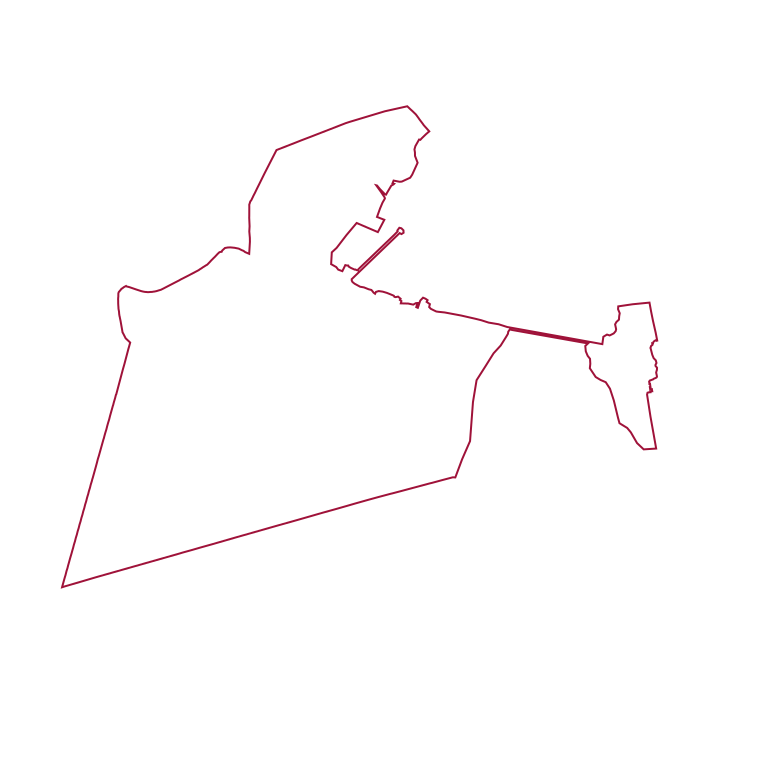 outline of Al Mansurah, `Adan, Yemen, rotated 284°
{"feature_id": "15242507B60312566406637", "entity_name": "Al Mansurah", "entity_type": "district", "adm_level": 2, "iso_a3": "YEM", "parent_name": "Yemen", "parent_adm1": "`Adan", "projection": "natural_earth1", "projection_center": [44.982, 12.841], "detail": "fine", "context": "isolated", "style": "outline", "palette": "rose", "viewbox_px": 768, "rotation_deg": 284, "n_neighbors": 0, "source": "geoboundaries", "source_scale": "gbopen_adm2", "svg_char_len": 5650}
<svg xmlns="http://www.w3.org/2000/svg" viewBox="0 0 768 768"><g transform="rotate(284 384 384)"><path d="M539.3,363.2L539.3,361.1L536.2,359.8L535.4,360.3L531.1,357.8L501.1,338.9L492.9,333.7L489.0,331.3L487.9,331.2L487.9,329.6L488.2,328.7L487.9,327.8L488.6,323.9L489.4,321.3L490.3,320.7L490.0,319.2L490.0,317.7L483.4,316.3L483.9,311.9L485.9,309.4L487.5,303.7L499.1,301.5L504.6,305.1L519.3,311.5L533.6,318.5L529.9,341.3L543.4,344.6L544.4,336.8L553.3,337.7L559.7,338.7L564.2,340.0L565.2,339.5L569.8,334.4L574.9,328.4L574.9,329.2L572.2,332.8L570.4,335.7L568.2,339.3L568.2,340.2L570.3,340.7L578.3,343.1L579.9,344.9L580.7,345.4L580.8,343.7L583.7,344.1L584.0,350.2L584.7,352.3L590.5,359.5L593.9,360.7L606.8,363.1L609.1,361.5L612.8,358.9L616.2,358.0L619.0,356.8L622.4,356.9L629.7,358.9L629.7,360.2L631.4,361.1L636.7,364.4L640.1,366.8L644.7,360.0L645.4,359.2L646.0,358.5L647.7,356.4L649.4,354.3L650.4,353.2L651.3,352.1L651.9,351.4L652.8,350.3L653.4,349.5L655.6,345.7L657.1,342.9L659.1,339.4L657.9,337.0L648.8,318.8L630.0,287.2L627.8,283.7L606.6,253.7L600.4,244.8L596.6,239.5L585.0,223.1L559.3,217.1L546.9,214.4L542.9,213.5L537.6,212.4L536.9,212.2L536.0,212.0L534.8,211.7L533.6,211.5L532.3,211.2L530.8,210.9L530.0,210.7L528.8,210.1L525.5,209.9L525.2,209.9L524.3,210.2L514.5,212.6L512.7,213.0L511.0,213.5L504.6,215.4L499.4,216.4L493.3,218.5L489.5,219.5L477.7,221.7L477.9,220.4L478.4,217.3L479.2,215.5L479.4,213.9L480.2,210.3L480.0,205.9L479.4,202.0L478.7,199.5L477.5,196.8L474.3,194.7L473.0,194.5L472.6,193.3L472.0,192.4L470.0,191.1L468.9,190.5L466.4,189.1L464.5,187.9L463.4,187.3L462.7,186.8L460.1,185.4L457.0,183.6L456.2,182.7L454.6,181.2L453.3,179.9L452.1,178.9L450.9,177.7L449.6,176.6L447.0,173.7L441.3,167.3L436.1,161.3L435.0,160.2L432.3,157.1L424.2,147.9L423.3,146.9L422.8,146.3L421.5,144.8L420.1,142.4L419.9,142.1L419.6,141.6L418.9,140.4L418.1,138.7L417.9,138.1L417.3,136.8L416.8,135.1L416.3,133.7L416.0,132.7L415.8,131.5L415.8,131.0L415.7,130.8L415.6,130.2L415.5,129.5L415.4,127.6L415.4,125.9L415.8,120.3L416.4,113.4L416.4,112.1L416.4,110.4L416.7,110.0L415.2,108.3L414.5,107.7L413.4,106.9L413.0,106.3L411.4,105.6L410.8,105.3L410.4,105.1L409.0,104.4L407.7,104.3L404.3,105.1L403.4,105.2L401.5,105.6L400.6,105.9L398.2,106.5L396.2,107.1L395.0,107.5L393.4,108.0L393.0,108.1L391.8,108.6L390.3,109.3L387.6,110.2L386.8,110.6L386.1,110.8L385.7,111.1L385.1,111.4L384.4,111.7L381.3,113.2L379.7,113.9L370.7,117.9L370.4,118.3L365.8,122.3L363.6,126.3L362.8,127.7L358.5,127.6L356.4,127.5L340.9,127.3L334.9,127.1L309.1,126.7L308.7,126.5L307.3,126.5L305.3,126.5L300.9,126.3L298.6,126.3L298.0,126.3L297.3,126.2L293.8,126.1L290.3,126.0L286.8,125.9L283.2,125.9L279.7,125.7L276.3,125.6L272.8,125.6L269.3,125.4L265.8,125.3L263.3,125.3L262.7,125.2L259.3,125.1L255.8,125.0L252.3,124.9L248.7,124.8L245.3,124.7L241.7,124.5L238.2,124.5L233.4,124.4L222.3,124.1L221.2,124.0L219.0,124.0L215.6,123.8L212.1,123.8L208.7,123.6L205.2,123.6L204.1,123.5L201.7,123.4L198.2,123.4L194.7,123.2L191.1,123.2L187.6,123.0L184.2,123.0L180.8,122.8L178.7,122.8L177.4,122.8L173.9,122.6L170.4,122.6L167.0,122.4L163.5,122.4L160.1,122.2L156.6,122.2L153.1,122.0L149.9,122.0L147.6,121.9L143.7,121.8L139.0,121.6L134.5,121.5L131.6,121.4L128.7,121.4L125.8,121.2L122.9,121.2L121.3,121.2L119.9,121.1L117.3,121.0L109.0,120.8L108.9,120.8L109.4,121.6L110.8,123.9L119.3,138.5L126.6,150.9L170.1,226.7L171.5,229.0L176.7,238.2L180.6,244.9L182.2,247.7L186.8,255.8L198.8,276.5L221.5,316.0L230.1,331.1L238.4,345.5L243.8,354.8L250.7,367.0L256.8,377.6L260.7,384.3L268.3,397.6L272.9,405.8L279.2,417.2L279.8,418.4L284.3,426.6L298.6,452.4L299.8,454.7L305.1,464.2L310.1,473.3L310.6,475.8L329.9,478.0L349.4,481.3L388.0,474.7L410.1,472.9L425.9,478.2L440.3,482.9L449.5,487.9L459.6,491.2L462.7,492.1L464.8,491.9L467.4,492.9L467.4,495.2L472.7,572.1L469.6,570.1L464.5,571.9L460.6,574.8L458.3,577.8L453.5,579.3L449.1,579.9L442.0,587.7L440.3,593.2L439.4,598.7L434.1,604.4L423.6,611.0L407.9,619.2L402.9,622.0L400.2,630.6L396.8,635.2L387.9,643.8L383.4,651.8L387.2,663.7L399.3,658.3L416.7,650.5L437.4,641.8L438.4,641.8L439.3,641.8L439.9,642.8L440.5,644.6L441.4,644.2L441.9,646.0L443.9,645.1L443.4,643.5L445.3,642.7L445.5,643.3L448.5,642.1L448.3,641.5L449.7,641.1L450.2,640.7L450.7,640.7L451.9,641.3L452.1,641.9L452.5,642.3L453.6,644.0L454.2,644.3L455.7,646.3L456.2,646.8L457.1,647.1L458.3,646.6L460.9,645.3L462.4,645.3L463.7,645.4L465.2,645.1L465.8,645.0L466.6,644.0L467.0,643.3L467.4,643.0L468.2,642.8L468.7,642.9L470.3,643.3L472.7,642.0L474.3,639.4L477.3,637.2L482.7,634.3L483.4,633.8L484.3,633.9L484.9,633.9L485.6,634.0L486.2,634.5L486.9,635.0L488.4,634.4L488.5,635.2L489.8,635.2L490.6,635.6L492.1,636.9L492.6,637.7L492.5,638.0L492.0,638.2L492.2,638.6L499.5,635.2L510.4,629.7L518.8,625.7L527.2,621.9L521.5,605.9L516.0,592.5L513.2,593.0L509.7,595.6L506.7,595.8L503.3,596.4L500.4,594.5L497.8,593.8L493.3,596.0L491.3,596.0L488.7,594.7L487.2,593.0L485.7,591.2L485.9,588.4L482.9,585.4L475.5,586.2L473.5,555.7L469.2,491.1L469.1,489.8L469.7,480.8L468.9,470.7L469.4,463.0L469.4,457.1L469.1,442.2L468.1,425.6L467.2,419.2L467.0,417.2L467.7,413.8L468.3,411.2L469.6,409.2L472.6,409.2L474.0,405.5L475.9,406.0L476.8,403.6L477.2,401.0L473.7,399.0L466.1,398.4L466.4,396.7L470.7,396.9L470.2,395.4L468.1,393.2L467.9,388.0L466.3,380.8L468.7,380.8L469.4,379.1L470.7,379.5L472.2,376.5L471.1,374.3L471.1,373.0L472.0,372.2L472.4,369.8L473.1,364.8L473.3,360.5L472.9,356.4L471.4,353.9L469.4,353.5L470.1,351.8L471.3,350.3L472.2,349.0L472.2,346.2L472.9,341.2L472.6,337.3L474.2,331.2L475.3,328.8L476.5,327.7L477.9,327.3L488.0,333.6L532.4,361.5L534.2,362.7L533.7,364.7L535.5,366.4L537.8,365.7L539.3,363.2Z" fill="none" stroke="#9f1239" stroke-width="2"/></g></svg>